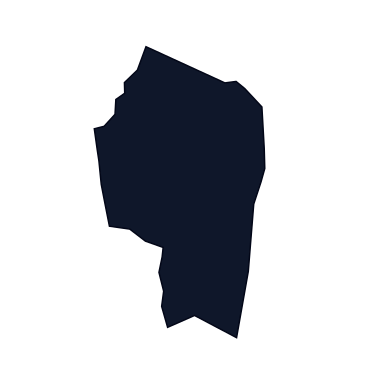 Ayawaso East Municipal, Greater Accra, Ghana, rotated 346°
{"feature_id": "2480657B29980074443403", "entity_name": "Ayawaso East Municipal", "entity_type": "district", "adm_level": 2, "iso_a3": "GHA", "parent_name": "Ghana", "parent_adm1": "Greater Accra", "projection": "natural_earth1", "projection_center": [-0.194, 5.59], "detail": "fine", "context": "isolated", "style": "filled", "palette": "ink", "viewbox_px": 384, "rotation_deg": 346, "n_neighbors": 0, "source": "geoboundaries", "source_scale": "gbopen_adm2", "svg_char_len": 559}
<svg xmlns="http://www.w3.org/2000/svg" viewBox="0 0 384 384"><g transform="rotate(346 192 192)"><path d="M280.4,126.4L268.2,104.4L261.5,95.4L250.3,94.1L182.5,39.9L168.5,60.5L152.9,69.5L150.6,79.9L140.5,83.8L136.1,98.0L122.6,107.0L112.5,107.0L110.3,127.7L109.2,139.3L105.8,162.6L104.7,183.2L103.6,205.2L122.6,212.9L134.9,228.4L150.6,238.8L147.3,247.8L140.5,262.0L140.5,281.4L134.9,295.6L135.6,317.4L164.6,312.4L200.0,344.1L227.4,282.7L249.0,218.6L261.4,198.9L268.3,186.8L272.6,167.3L280.4,126.4Z" fill="#0f172a" stroke="#020617" stroke-width="1.5"/></g></svg>